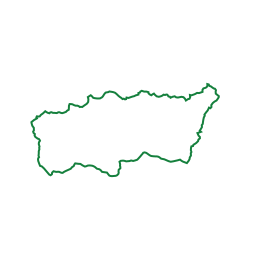 Formoso, Goiás, Brazil (orthographic projection), rotated 54°
{"feature_id": "56859067B82615632174924", "entity_name": "Formoso", "entity_type": "district", "adm_level": 2, "iso_a3": "BRA", "parent_name": "Brazil", "parent_adm1": "Goiás", "projection": "orthographic", "projection_center": [-48.87, -13.706], "detail": "fine", "context": "isolated", "style": "outline", "palette": "green", "viewbox_px": 256, "rotation_deg": 54, "n_neighbors": 0, "source": "geoboundaries", "source_scale": "gbopen_adm2", "svg_char_len": 3672}
<svg xmlns="http://www.w3.org/2000/svg" viewBox="0 0 256 256"><g transform="rotate(54 128 128)"><path d="M190.1,101.6L191.0,101.0L190.5,99.3L190.1,98.0L189.3,96.4L188.1,95.3L187.3,93.3L185.3,92.0L184.7,90.8L182.9,90.2L181.1,88.7L180.1,87.5L180.8,86.0L180.0,84.9L180.2,82.7L180.2,81.4L179.8,79.0L178.8,77.9L178.6,75.9L177.4,75.1L175.8,75.4L174.2,75.1L172.9,74.8L173.4,73.3L174.0,71.2L172.4,71.6L171.3,68.9L170.7,67.6L169.1,66.7L168.6,65.1L167.0,63.6L165.5,62.1L164.0,60.4L163.2,58.7L162.1,58.3L161.1,55.1L160.8,53.7L160.3,52.5L159.1,50.5L160.4,49.7L160.1,48.2L158.4,47.1L157.6,44.6L157.5,42.3L157.8,40.3L157.2,38.4L156.5,36.6L155.6,35.8L153.7,36.3L151.8,36.8L150.2,35.8L149.1,34.6L147.3,34.6L146.4,35.4L144.7,36.0L143.0,36.5L141.8,37.4L140.2,37.1L139.1,38.0L140.5,38.9L141.1,40.2L141.1,41.5L140.3,43.7L140.9,45.3L142.6,46.5L141.5,50.0L140.2,51.5L139.9,54.0L139.5,55.4L138.8,57.6L137.7,58.5L138.7,59.1L139.7,59.7L140.5,61.1L139.9,62.5L139.8,65.0L137.8,64.7L135.7,65.0L134.2,66.4L132.7,69.7L131.5,71.0L129.8,71.6L128.9,73.7L128.5,75.8L127.4,75.7L126.3,76.7L124.2,76.6L123.4,77.4L123.1,78.6L121.9,79.7L122.0,81.0L121.7,82.6L120.9,84.7L119.2,86.2L116.9,86.7L115.4,86.8L115.2,88.3L115.2,89.9L113.6,90.7L112.0,91.0L111.0,90.4L109.4,91.7L108.1,93.5L106.0,95.0L105.8,96.6L106.3,97.7L105.8,99.0L107.1,99.9L106.6,101.4L106.1,102.7L105.9,104.2L105.2,105.9L104.6,107.8L104.0,109.9L102.5,111.3L103.5,112.5L103.1,113.6L101.8,114.2L101.4,115.4L99.5,115.8L98.3,116.3L96.5,116.8L94.1,117.2L92.0,117.7L90.5,118.7L89.5,119.6L87.5,121.6L87.4,122.8L86.8,124.0L86.2,125.3L86.5,126.8L86.9,127.9L87.6,129.6L87.9,130.9L87.6,133.3L85.8,135.8L84.3,137.4L83.1,138.4L81.3,138.5L79.6,138.9L79.4,142.3L81.4,143.1L83.5,144.9L83.9,146.0L84.2,147.3L84.1,149.8L84.1,151.3L84.1,152.7L83.2,153.6L82.7,154.7L81.4,155.0L80.2,155.8L79.3,157.1L78.0,158.1L76.2,159.0L75.0,160.2L74.3,161.2L75.3,162.7L76.6,163.7L78.4,165.2L78.2,167.1L78.5,168.7L77.8,171.2L77.3,172.5L76.5,173.3L75.0,174.2L74.3,175.2L74.1,176.8L72.7,178.4L71.7,179.8L70.3,180.6L69.7,181.7L69.9,182.9L68.8,183.8L67.3,184.6L65.8,185.1L66.0,186.6L66.2,188.1L66.2,189.2L66.2,190.9L66.7,192.6L66.0,193.9L65.0,194.8L65.5,195.9L66.7,196.0L66.5,197.7L66.3,199.3L66.4,201.3L66.5,202.7L67.7,203.3L69.9,204.1L72.5,204.1L73.4,204.7L74.6,205.5L75.2,206.9L76.6,207.3L78.1,206.9L79.2,208.0L80.9,208.2L82.2,207.7L83.4,207.4L84.4,206.6L85.5,206.5L86.6,206.7L87.2,208.4L88.5,209.6L91.0,210.5L91.7,211.4L93.1,212.2L94.3,213.8L96.2,215.2L97.9,216.7L99.3,217.1L99.6,218.2L100.3,219.1L101.9,220.0L104.3,220.7L106.9,221.4L108.4,220.3L111.4,219.7L113.0,219.6L115.6,219.4L119.4,219.1L120.7,218.4L120.7,216.8L119.5,215.6L119.2,213.7L121.2,212.0L122.0,210.8L122.8,209.6L125.1,208.2L125.9,207.2L125.9,205.4L126.2,203.6L126.8,200.8L127.1,199.4L127.3,198.2L126.8,196.4L126.9,194.3L126.0,192.8L125.6,191.5L127.8,189.2L129.1,187.6L131.4,186.8L133.8,185.6L134.3,184.5L134.8,182.5L135.9,180.8L137.5,179.1L138.7,178.3L140.3,177.6L142.6,177.1L144.6,175.4L146.1,174.9L148.2,174.8L149.5,173.5L151.7,171.2L153.0,171.2L155.4,171.1L156.4,170.5L157.5,169.3L159.5,166.0L159.8,164.6L159.5,162.8L158.7,161.8L157.4,161.1L156.3,160.0L156.1,157.9L155.0,157.1L153.9,156.7L152.9,155.8L151.6,155.2L150.3,154.7L150.3,153.2L151.2,151.6L152.0,150.6L152.9,149.8L153.9,149.1L155.7,146.1L156.1,144.6L157.7,143.2L158.5,141.1L159.1,139.1L158.8,137.5L158.2,134.6L157.8,133.2L157.5,131.7L157.0,130.2L157.5,128.9L158.9,127.8L161.3,127.0L162.8,126.5L164.3,125.7L166.3,123.5L168.0,121.3L169.1,120.3L170.2,119.8L172.3,119.2L173.7,117.9L174.7,117.0L178.6,114.7L180.4,113.3L181.6,110.9L183.3,106.9L184.2,104.5L186.2,103.9L187.5,103.3L188.7,102.5L190.1,101.6Z" fill="none" stroke="#15803d" stroke-width="2"/></g></svg>